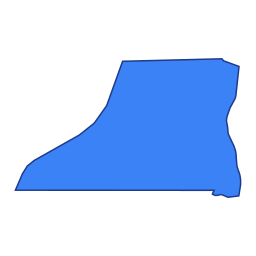 the border of Al Minya
{"feature_id": "EGY-1545", "entity_name": "Al Minya", "entity_type": "Governorate", "adm_level": 1, "iso_a3": "EGY", "parent_name": "Egypt", "parent_adm1": "", "projection": "natural_earth1", "projection_center": [30.491, 28.195], "detail": "fine", "context": "isolated", "style": "filled", "palette": "blue", "viewbox_px": 256, "rotation_deg": 0, "n_neighbors": 0, "source": "natural_earth", "source_scale": "10m", "svg_char_len": 658}
<svg xmlns="http://www.w3.org/2000/svg" viewBox="0 0 256 256"><path d="M15.4,190.2L22.4,173.9L27.3,166.0L34.3,160.4L79.5,134.9L94.3,123.1L106.7,105.6L122.6,61.3L221.9,58.8L223.6,60.8L239.0,66.5L235.9,95.3L235.4,97.8L234.8,99.1L230.1,107.8L227.3,115.7L226.7,118.3L226.5,120.5L226.6,121.7L227.6,127.1L228.0,132.2L228.2,133.5L228.7,134.9L233.9,146.0L235.5,150.7L236.0,153.9L236.8,165.1L237.4,167.7L239.6,174.0L240.1,176.3L240.6,179.9L240.6,182.7L240.6,184.6L238.8,195.9L228.4,197.2L227.4,197.0L221.6,194.6L221.0,194.6L220.1,194.7L217.0,195.4L215.1,195.4L212.4,194.2L212.9,192.8L214.1,190.3L15.4,190.2Z" fill="#3b82f6" stroke="#1e3a8a" stroke-width="1.5"/></svg>